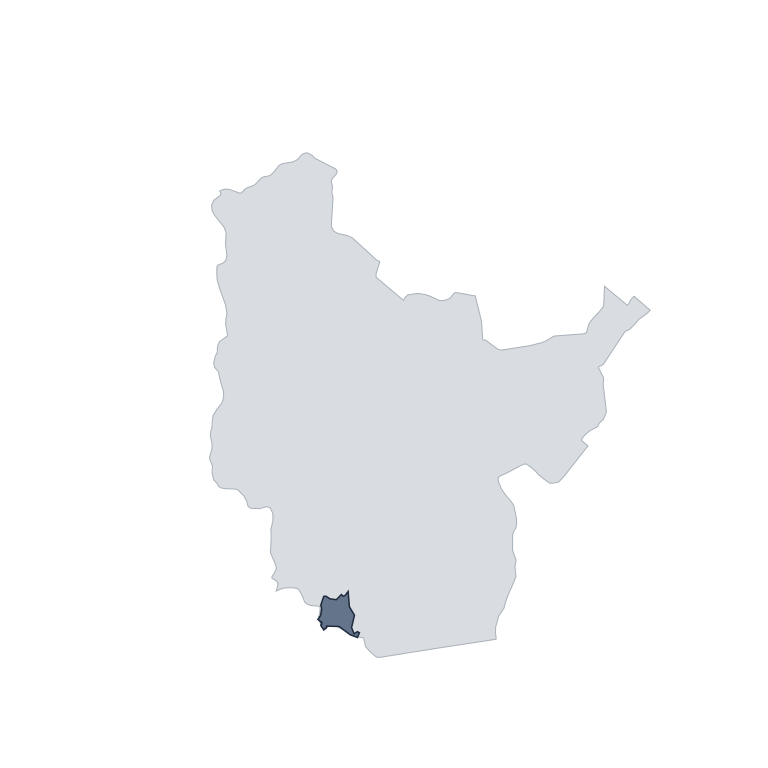 location of Magwi, Eastern Equatoria, South Sudan, rotated 40°
{"feature_id": "79223893B80026525075144", "entity_name": "Magwi", "entity_type": "district", "adm_level": 2, "iso_a3": "SSD", "parent_name": "South Sudan", "parent_adm1": "Eastern Equatoria", "projection": "natural_earth1", "projection_center": [32.092, 3.938], "detail": "fine", "context": "in_parent", "style": "filled", "palette": "slate", "viewbox_px": 768, "rotation_deg": 40, "n_neighbors": 0, "source": "geoboundaries", "source_scale": "gbopen_adm2", "svg_char_len": 5224}
<svg xmlns="http://www.w3.org/2000/svg" viewBox="0 0 768 768"><g transform="rotate(40 384 384)"><path d="M575.8,573.8L557.4,595.1L556.1,596.4L553.9,598.1L546.5,598.1L538.8,597.1L531.7,591.6L524.5,595.8L520.0,597.2L517.3,597.7L510.9,598.4L501.9,600.6L497.9,603.5L495.7,605.8L493.8,609.9L492.9,610.4L491.3,609.9L489.0,608.2L484.2,605.8L481.8,600.5L479.5,597.3L477.7,595.6L470.1,600.9L466.4,602.1L463.4,602.0L457.9,599.0L451.8,596.5L448.6,596.5L443.9,599.7L438.6,604.4L435.8,609.1L434.5,611.9L432.6,607.6L430.8,604.9L428.2,603.9L423.1,604.9L421.9,603.4L421.6,599.8L420.9,596.4L419.6,593.9L415.7,591.4L405.5,586.3L397.7,576.0L393.8,571.3L390.9,568.3L386.8,560.2L382.2,554.7L376.6,552.1L372.9,553.4L369.0,559.3L361.8,564.9L358.5,565.1L354.3,562.1L349.0,559.9L339.4,559.0L335.5,561.6L330.3,565.9L325.9,568.4L323.2,568.7L320.7,567.7L317.8,567.1L315.3,567.0L310.2,563.2L307.6,560.3L305.8,557.6L302.9,555.7L299.5,554.1L297.1,551.7L295.9,548.6L294.0,544.7L291.6,541.2L283.8,534.8L281.5,531.1L279.9,527.5L276.7,523.4L273.3,518.0L272.2,510.2L272.1,503.8L271.4,500.9L269.9,497.9L268.2,495.4L265.5,492.6L259.2,488.6L252.6,483.8L249.5,481.1L243.5,480.1L240.0,477.4L237.0,471.4L235.8,466.7L232.8,463.0L231.5,460.3L230.8,457.2L233.2,447.8L229.7,444.5L224.5,440.2L220.9,435.5L218.6,431.2L212.0,425.4L197.5,416.9L189.2,411.4L184.6,406.5L180.7,401.7L180.3,399.7L182.9,395.0L183.3,391.0L181.2,386.7L172.5,378.5L165.7,369.5L160.4,366.6L147.8,364.1L144.2,363.2L140.5,361.4L136.7,357.4L135.5,352.6L137.4,344.9L136.2,342.5L134.1,341.9L134.7,340.3L137.1,336.6L141.0,334.1L151.4,330.3L152.0,328.9L152.2,324.1L153.1,321.7L156.7,315.1L157.2,312.4L157.4,306.8L157.9,304.1L159.0,302.2L161.8,298.9L162.9,296.9L163.3,292.6L163.1,284.0L164.5,280.6L171.1,272.8L172.9,269.4L173.5,266.2L173.5,263.1L173.9,259.9L175.8,256.9L177.5,256.0L182.3,255.0L185.6,255.6L208.7,250.3L211.4,251.0L212.6,254.2L212.4,259.2L212.8,261.7L214.0,263.4L217.7,265.8L220.2,269.8L221.5,271.3L225.2,274.0L242.2,297.0L247.1,299.2L251.8,298.4L261.1,293.6L265.7,292.4L298.3,293.8L301.9,293.0L302.2,293.1L307.1,304.7L309.4,307.3L345.2,307.4L344.5,304.1L344.9,300.5L351.2,293.4L352.1,292.6L357.7,289.2L363.1,287.0L373.4,284.3L377.2,280.2L379.3,276.3L379.4,268.8L380.8,267.6L383.2,265.9L395.2,259.2L397.2,257.8L418.4,273.3L430.2,285.7L431.0,286.3L431.6,286.5L432.2,286.1L432.7,285.5L434.2,285.0L439.3,284.8L448.9,284.2L452.0,282.7L471.3,260.7L476.2,253.7L477.5,252.2L480.3,247.2L483.2,238.6L483.8,237.6L504.9,217.0L505.7,215.4L505.9,214.1L502.7,207.1L502.0,203.6L501.9,198.2L502.5,189.7L502.3,184.4L502.0,182.9L501.8,182.6L490.1,167.4L519.8,167.3L519.8,165.4L519.8,164.7L519.2,162.9L518.9,160.5L518.9,159.2L519.1,157.9L519.1,157.2L519.0,156.6L519.0,156.3L519.1,156.1L540.5,156.4L540.2,160.7L537.6,170.8L537.7,176.9L537.1,183.8L536.4,185.9L535.3,187.5L534.9,188.4L534.9,189.1L539.4,227.8L539.0,229.5L537.8,231.9L537.5,232.7L537.5,233.3L538.0,233.7L547.8,237.9L548.3,238.2L548.7,238.5L552.2,243.5L571.7,261.8L572.4,262.8L574.4,268.5L574.6,269.4L574.7,270.8L574.6,271.9L574.1,275.3L574.3,276.9L574.6,277.9L574.9,279.1L574.9,279.5L574.7,280.3L571.9,287.0L570.9,291.7L570.6,295.7L570.8,298.0L571.1,299.5L571.4,300.1L571.7,300.3L580.1,300.4L580.1,302.5L581.2,337.4L581.2,341.3L580.9,346.3L579.9,348.2L577.5,351.0L574.6,353.5L567.0,354.1L560.7,354.1L556.2,353.5L550.1,353.3L544.4,353.8L542.3,356.0L534.7,374.5L532.3,379.2L531.7,381.9L532.4,383.5L535.4,385.8L541.9,389.1L549.4,391.1L555.0,391.9L558.8,392.8L561.7,393.8L572.3,402.2L575.7,406.1L577.6,409.6L578.1,413.3L579.6,417.0L589.3,428.7L598.5,434.1L602.1,440.3L605.5,443.3L608.7,446.5L610.5,451.4L614.5,465.3L617.2,472.7L620.0,478.6L621.1,488.4L623.3,492.7L625.5,498.0L629.2,502.8L633.2,506.5L633.9,507.5L594.0,552.9L575.8,573.8Z" fill="#d9dde1" stroke="#a8b0b8" stroke-width="1"/><path d="M477.8,594.3L478.9,594.6L479.6,595.5L480.4,595.9L480.8,596.4L481.1,596.9L481.2,597.5L481.4,597.7L481.7,597.7L481.9,597.9L482.2,598.4L482.2,598.7L482.3,598.9L482.4,599.0L482.6,599.1L482.7,599.4L482.8,599.6L482.8,599.8L482.9,600.1L483.0,600.2L483.2,600.3L483.3,600.4L483.6,601.0L483.8,601.5L484.2,602.2L484.4,602.5L484.3,603.2L484.3,603.6L484.3,603.8L484.4,604.0L484.5,604.5L484.6,605.2L484.7,605.7L484.7,606.3L484.7,606.6L484.7,606.8L484.8,606.8L488.5,606.9L488.7,606.7L488.8,606.6L488.9,606.8L488.9,606.7L489.0,606.7L489.2,606.8L489.3,606.8L489.5,606.8L489.4,607.0L489.5,607.1L489.6,607.3L489.8,607.4L489.8,607.5L489.9,607.3L490.0,607.4L489.9,607.5L490.0,607.6L490.1,607.8L490.3,607.8L490.4,608.0L490.5,608.0L490.5,608.3L490.5,608.2L490.6,608.3L490.5,608.5L490.6,608.8L490.6,609.0L490.8,608.9L490.8,609.0L490.7,609.1L490.8,609.3L490.8,609.5L490.7,609.5L491.3,609.7L496.0,611.1L496.0,610.9L496.1,610.7L495.9,610.2L496.0,609.8L496.1,609.7L496.3,609.4L496.2,609.1L496.3,608.9L496.3,608.5L496.6,608.3L496.7,608.2L496.6,607.9L496.5,607.7L496.6,607.4L496.5,607.2L496.3,607.0L496.3,606.8L496.3,606.6L496.2,606.5L495.8,606.5L495.7,606.5L495.6,606.4L505.5,598.6L509.3,598.4L519.4,597.8L526.1,595.4L526.6,595.3L525.1,590.4L522.8,590.8L521.6,594.6L515.7,591.4L510.0,580.1L500.7,576.9L489.9,566.0L490.1,571.2L489.0,572.9L486.7,572.6L486.1,579.9L480.7,583.3L476.1,583.8L474.4,585.3L474.5,585.8L477.8,594.3Z" fill="#64748b" stroke="#1e293b" stroke-width="1.5"/></g></svg>